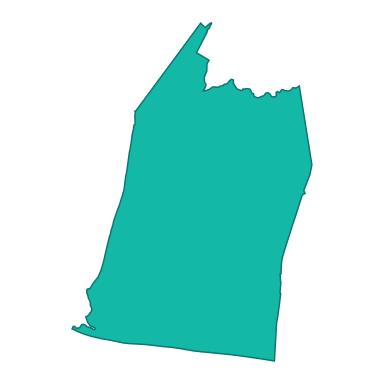 Santo Domingo Armenta, Oaxaca, Mexico (orthographic projection)
{"feature_id": "50627088B1685589835575", "entity_name": "Santo Domingo Armenta", "entity_type": "district", "adm_level": 2, "iso_a3": "MEX", "parent_name": "Mexico", "parent_adm1": "Oaxaca", "projection": "orthographic", "projection_center": [-98.373, 16.341], "detail": "fine", "context": "isolated", "style": "filled", "palette": "teal", "viewbox_px": 384, "rotation_deg": 0, "n_neighbors": 0, "source": "geoboundaries", "source_scale": "gbopen_adm2", "svg_char_len": 4008}
<svg xmlns="http://www.w3.org/2000/svg" viewBox="0 0 384 384"><path d="M134.9,111.2L135.4,112.2L135.3,112.7L135.1,113.6L135.0,114.6L134.9,115.9L135.0,119.7L135.1,124.1L135.0,124.5L134.0,125.0L133.7,126.6L133.6,127.5L133.5,128.3L133.6,128.5L133.5,129.1L132.7,132.3L132.0,135.7L131.9,136.8L131.8,138.1L129.8,150.9L129.5,151.5L128.0,162.4L126.5,173.1L125.9,175.2L124.9,182.9L124.8,183.5L124.6,185.6L124.0,190.0L123.0,193.0L122.2,196.5L121.7,197.6L119.8,203.9L116.5,212.6L116.5,212.8L113.5,221.6L112.8,225.4L111.6,228.9L110.9,231.2L110.5,233.7L109.4,236.8L106.9,247.0L103.4,262.3L103.3,262.6L100.9,270.6L98.2,276.9L93.5,282.9L93.3,283.1L89.7,288.9L88.8,288.8L87.5,289.0L87.1,289.5L86.8,290.0L86.6,291.0L86.8,292.6L86.9,293.2L87.8,295.2L88.1,296.5L88.5,298.6L89.0,299.2L89.3,299.8L89.7,300.8L90.2,301.9L90.4,303.6L90.3,305.0L90.5,305.7L91.2,307.1L91.6,307.9L91.7,309.2L91.7,310.2L91.3,311.4L90.6,312.4L89.9,313.1L89.4,313.8L89.0,314.7L88.2,315.5L87.1,316.2L86.2,316.5L85.7,317.0L86.2,318.2L86.7,319.3L86.9,320.0L87.0,320.5L87.2,321.2L87.5,322.0L87.8,322.5L88.3,323.3L88.9,323.9L89.4,324.7L89.8,325.3L90.4,325.8L91.0,325.9L91.8,326.4L92.5,326.7L93.1,326.9L93.7,327.2L94.3,327.6L94.9,327.8L95.2,328.2L95.0,329.0L94.6,329.6L93.6,329.6L93.1,329.4L92.9,329.1L92.3,328.5L91.3,328.2L90.6,327.6L89.9,327.4L88.7,327.1L87.9,327.1L87.2,326.9L86.5,326.2L86.2,325.7L85.2,325.1L84.9,324.8L83.9,324.4L82.8,324.4L82.1,324.4L81.3,325.1L80.4,326.5L79.7,327.5L79.2,327.9L78.1,328.0L77.3,328.1L75.7,327.9L75.4,327.3L75.0,326.8L74.6,326.3L73.1,326.5L72.1,328.9L74.8,330.1L78.0,331.7L82.2,333.4L86.5,334.8L89.0,335.6L90.7,336.2L101.9,338.8L107.8,339.7L112.5,340.6L123.1,342.9L129.2,343.6L139.1,344.1L146.1,344.6L153.7,345.4L162.4,346.5L171.6,347.3L179.3,348.4L193.6,350.9L202.7,351.9L210.6,352.6L217.8,353.4L226.9,354.2L238.5,355.6L249.8,357.2L258.9,358.5L267.9,359.9L274.4,361.0L276.6,322.7L277.8,316.2L279.3,305.0L280.7,293.4L280.0,293.0L280.9,282.0L280.6,281.9L280.1,273.9L281.0,273.8L281.5,262.9L281.6,262.2L282.4,257.4L284.5,250.1L286.5,244.0L287.8,239.8L288.8,236.5L289.9,233.4L290.7,230.8L291.5,228.2L292.4,225.4L292.8,224.1L292.9,223.9L296.7,212.6L297.0,211.5L302.2,195.2L303.3,194.2L305.1,193.5L305.0,193.3L303.8,190.5L304.2,189.4L306.0,184.8L310.4,173.1L310.3,172.8L311.3,167.8L311.9,164.8L303.3,111.0L299.3,86.0L296.9,87.6L295.9,87.9L294.7,88.0L293.7,87.8L293.0,87.7L292.4,88.0L291.9,88.9L291.2,89.8L290.2,90.3L289.1,90.8L288.0,91.1L286.3,90.7L284.9,90.7L283.7,89.9L282.8,89.6L281.8,89.6L281.3,90.3L280.5,91.1L279.9,92.4L279.5,92.6L278.2,92.0L277.6,91.5L276.1,92.4L276.2,93.5L276.4,95.5L275.7,96.3L274.9,96.7L274.0,96.9L272.9,96.9L271.9,96.6L271.1,95.9L270.8,95.5L270.7,95.0L270.1,94.3L269.3,93.5L268.4,92.9L267.2,92.9L266.5,92.9L265.7,93.3L264.1,95.4L263.0,96.0L262.3,96.2L261.6,96.4L260.9,96.8L259.8,97.2L258.7,97.6L258.1,97.8L257.3,97.7L256.3,97.3L255.3,97.0L254.2,96.5L253.9,96.0L253.8,95.6L253.8,94.3L253.5,93.8L251.6,92.8L251.2,91.8L250.8,90.6L250.0,89.3L249.7,89.0L248.7,88.9L247.2,88.7L246.7,88.6L244.6,89.0L243.8,89.0L243.2,89.0L242.8,89.1L242.6,89.9L242.3,90.4L241.6,90.5L240.4,90.2L239.2,90.0L238.0,89.4L236.8,88.8L236.2,87.9L235.5,86.9L235.2,86.3L234.7,85.5L234.3,84.8L233.9,84.3L233.5,83.5L233.5,82.5L233.4,81.5L233.5,80.3L233.1,79.8L231.9,79.4L231.1,79.4L230.0,80.4L228.9,81.6L228.3,82.3L227.7,83.2L226.8,83.8L225.5,84.1L224.1,84.4L223.0,85.5L221.8,85.9L220.6,86.1L219.3,86.6L217.7,87.5L216.4,87.1L215.1,87.0L213.4,86.9L212.4,87.1L211.5,87.9L210.5,88.4L209.9,89.0L208.1,89.8L206.7,90.4L205.6,90.5L204.7,90.7L203.3,90.9L205.6,86.5L206.0,84.7L205.8,83.8L205.0,82.8L204.5,82.1L204.5,80.9L204.4,79.4L204.2,78.7L204.2,77.8L204.6,76.5L205.0,75.5L205.4,74.2L205.9,72.9L206.2,72.7L206.8,71.0L207.0,63.7L209.1,60.3L196.5,52.7L207.0,32.3L207.5,29.5L208.5,29.1L209.5,28.0L209.8,26.7L211.4,23.8L211.1,23.7L211.3,23.0L210.5,23.2L209.5,23.7L209.1,24.3L208.3,25.0L207.3,25.5L206.6,26.6L206.1,27.1L205.2,27.2L204.5,27.0L200.7,23.1L177.5,54.6L135.6,111.2L134.9,111.2Z" fill="#14b8a6" stroke="#0f766e" stroke-width="1.5"/></svg>